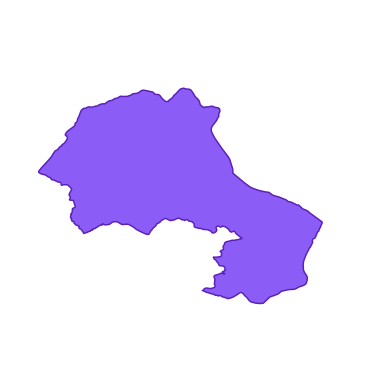 Khong, Champasak, Laos, rotated 119°
{"feature_id": "54806243B24917082255411", "entity_name": "Khong", "entity_type": "district", "adm_level": 2, "iso_a3": "LAO", "parent_name": "Laos", "parent_adm1": "Champasak", "projection": "natural_earth1", "projection_center": [106.019, 14.226], "detail": "fine", "context": "isolated", "style": "filled", "palette": "violet", "viewbox_px": 384, "rotation_deg": 119, "n_neighbors": 0, "source": "geoboundaries", "source_scale": "gbopen_adm2", "svg_char_len": 6061}
<svg xmlns="http://www.w3.org/2000/svg" viewBox="0 0 384 384"><g transform="rotate(119 192 192)"><path d="M273.1,134.9L272.8,133.1L272.8,131.0L272.3,129.6L271.9,126.9L271.0,123.7L271.0,121.6L270.6,120.9L269.9,118.2L269.1,117.5L268.8,116.8L268.9,114.3L268.5,113.1L267.8,108.8L265.6,106.5L263.2,104.6L257.3,101.4L256.5,100.9L255.8,99.9L255.8,99.7L256.2,97.7L256.6,96.9L257.1,95.5L257.9,92.1L258.5,91.1L259.5,88.2L259.4,86.6L258.7,83.8L258.1,81.8L256.2,77.8L254.9,76.0L254.5,75.7L246.0,73.0L242.7,70.0L239.8,67.5L238.4,66.8L235.6,65.8L230.7,60.4L227.7,55.7L227.1,55.0L225.7,53.9L223.3,52.5L219.9,49.4L218.2,48.3L217.3,47.9L215.7,48.0L213.4,48.5L210.8,49.8L210.2,50.4L209.0,52.3L208.0,54.4L206.1,56.8L201.2,59.8L198.1,60.9L192.0,61.8L189.1,62.0L187.4,62.0L186.5,61.8L185.5,62.2L184.7,62.2L183.3,61.8L182.0,61.8L178.1,62.0L177.2,62.3L176.4,63.1L174.9,63.4L174.2,63.3L173.0,62.3L172.2,62.1L171.3,62.1L169.6,62.5L168.0,62.5L166.7,62.9L166.3,62.9L165.0,62.2L163.6,62.5L163.0,62.4L162.2,62.7L160.4,62.6L159.5,62.9L156.2,63.1L155.1,63.8L153.2,78.9L152.6,81.2L152.6,83.1L153.1,87.5L153.1,87.9L152.6,88.5L151.7,92.6L152.3,93.3L152.5,94.2L152.7,99.4L153.2,102.0L153.8,103.2L153.4,104.5L153.3,105.9L154.2,113.6L155.3,118.1L155.6,120.2L155.0,124.6L156.3,127.7L158.1,133.8L159.0,138.7L159.5,143.0L158.7,149.8L155.8,165.2L152.2,167.5L145.0,175.0L143.1,178.6L139.4,187.0L134.0,197.9L131.1,202.4L129.4,204.6L127.2,205.9L125.0,206.3L117.7,205.2L115.1,205.4L112.9,205.2L110.9,206.4L108.0,206.7L107.3,207.1L105.9,208.3L105.7,210.1L106.7,212.5L107.0,215.4L108.0,217.2L109.9,219.2L110.4,220.5L111.1,221.4L112.2,222.1L112.0,222.3L112.0,223.0L112.2,223.5L112.4,224.1L111.7,227.0L109.0,229.8L108.4,230.7L108.3,231.4L107.8,232.2L107.4,234.1L107.1,235.3L105.1,238.7L103.4,242.2L103.4,244.0L105.0,247.8L105.2,249.4L105.9,250.5L107.0,251.3L107.1,251.7L108.5,252.4L113.9,253.7L116.5,254.7L117.1,254.6L119.6,255.0L122.5,256.5L123.3,256.5L124.3,256.9L124.7,257.3L125.5,258.6L125.6,259.0L125.5,259.9L124.7,263.5L123.4,266.2L123.0,267.9L123.2,269.0L123.9,270.3L124.3,271.5L124.3,272.0L123.7,274.1L123.7,275.1L125.9,282.3L126.6,284.0L127.1,284.7L128.2,285.6L130.5,286.6L131.8,287.5L132.3,287.9L134.6,291.0L135.3,291.7L136.5,292.0L138.9,294.2L139.4,294.5L141.5,297.9L143.0,301.1L145.6,302.6L146.6,303.4L147.3,304.4L148.5,305.3L150.6,306.4L152.2,308.3L153.3,309.2L154.4,309.8L155.4,310.1L157.3,311.2L158.2,312.9L158.9,313.8L160.8,315.5L162.6,316.4L163.6,317.9L166.2,320.4L166.8,321.6L167.2,322.9L168.0,324.0L168.9,324.8L170.0,325.5L171.7,327.5L173.9,328.3L175.1,328.4L181.0,327.5L183.2,327.5L186.1,326.7L186.9,326.8L188.5,327.5L190.0,326.9L191.3,326.8L198.3,330.0L200.6,330.7L202.8,330.7L203.4,330.6L203.9,329.2L203.9,328.6L204.3,327.9L204.9,327.3L205.7,327.0L207.2,326.9L210.6,327.2L211.9,327.6L213.6,328.6L215.1,328.4L215.9,329.3L220.3,330.2L222.4,331.6L223.6,331.8L229.3,332.1L232.7,332.7L244.0,335.4L247.5,336.0L248.2,336.1L249.0,335.6L249.3,334.5L249.3,333.1L249.1,331.9L248.2,328.8L248.2,327.9L248.5,325.3L248.2,323.4L248.2,322.7L249.2,321.0L249.0,320.0L248.4,318.1L248.3,314.7L248.0,313.4L247.5,312.2L247.4,311.3L247.7,310.8L248.8,310.1L249.3,309.6L249.2,309.1L248.2,308.2L246.8,306.0L246.1,304.2L246.9,300.9L247.6,299.0L248.3,298.5L252.6,298.5L253.8,298.2L254.6,297.5L255.3,296.1L255.8,295.7L257.9,295.5L258.3,295.0L257.5,293.2L257.1,291.9L257.1,291.5L257.7,290.7L261.2,287.2L261.8,287.0L262.4,287.0L264.1,288.3L264.9,288.4L265.5,288.0L266.7,287.4L268.7,286.9L269.0,287.1L270.2,286.8L270.3,287.2L270.5,287.2L270.7,286.7L271.1,286.5L271.7,286.5L272.6,286.2L273.4,285.5L273.6,284.6L274.6,284.2L274.7,283.7L275.2,283.3L275.7,282.6L275.3,281.0L275.5,280.3L276.5,279.9L276.7,279.6L276.8,278.1L277.1,277.4L276.7,275.7L277.0,274.8L276.7,274.0L278.0,273.5L278.6,272.9L278.6,272.5L278.3,272.0L278.3,271.4L279.6,268.4L280.5,266.9L280.6,266.3L279.8,265.6L279.1,265.2L278.4,264.3L277.8,264.1L277.6,263.7L276.2,262.8L275.5,261.9L274.7,261.9L273.8,260.8L272.9,261.0L272.6,260.3L271.4,259.9L270.9,259.1L269.8,258.6L268.4,257.7L266.9,257.2L265.8,256.1L264.1,255.2L264.4,254.7L263.0,254.4L263.2,253.7L263.0,252.5L262.2,251.1L260.7,248.9L259.6,248.2L257.4,247.2L256.3,246.4L254.9,244.3L254.5,243.3L254.3,241.9L254.4,237.9L254.0,236.7L252.5,234.7L251.3,232.4L251.0,231.0L251.1,225.7L251.6,223.2L251.7,220.6L251.6,218.1L251.2,212.6L250.6,210.1L250.3,209.8L249.7,209.2L246.3,209.2L244.6,208.7L243.8,208.8L242.8,208.6L239.4,207.4L236.9,207.3L234.3,205.5L231.7,205.0L228.3,202.7L227.9,202.1L227.5,197.2L227.0,196.5L225.0,194.0L222.5,192.3L221.2,190.4L221.0,189.7L221.2,187.9L220.9,186.4L220.3,185.9L220.2,185.1L220.4,184.5L219.1,183.8L218.7,183.4L218.5,182.8L218.9,181.3L218.9,180.4L218.2,178.5L218.1,177.5L218.5,175.3L219.0,174.7L221.1,173.3L221.5,172.1L220.8,170.1L220.6,168.8L219.6,166.5L219.2,163.9L217.5,160.3L217.3,159.0L217.1,156.4L217.9,154.7L217.8,154.1L217.5,153.5L216.6,152.5L215.3,151.9L214.4,151.7L213.3,151.9L212.8,152.2L212.0,153.4L211.0,153.7L210.6,153.8L209.8,153.4L209.0,152.5L208.9,150.2L208.7,149.7L207.8,149.4L207.3,148.8L206.6,147.5L206.3,146.0L206.6,143.2L207.0,141.6L208.0,139.8L208.1,138.3L205.8,136.1L205.8,135.7L206.1,134.9L206.5,134.4L207.1,133.2L207.8,129.2L208.2,126.2L208.5,125.8L208.9,125.9L209.5,127.0L211.3,128.6L212.0,129.6L213.7,131.5L214.9,133.7L216.8,135.5L218.8,137.8L220.2,138.6L220.8,138.7L221.7,138.5L222.0,138.3L222.9,138.2L224.1,138.5L225.1,138.0L226.6,136.8L227.4,136.8L229.2,138.2L230.3,138.5L230.5,138.1L230.7,136.7L231.1,136.4L232.0,136.2L233.1,135.5L234.4,135.5L236.7,138.3L238.1,140.6L238.3,141.4L238.7,141.6L239.9,139.9L240.1,137.8L240.9,136.7L241.2,135.3L243.0,132.6L243.0,131.8L241.8,129.5L241.7,127.9L242.5,126.2L243.2,125.8L244.3,125.6L244.5,125.3L245.2,125.2L246.4,126.3L247.0,126.6L247.6,124.0L248.0,123.9L248.4,124.9L248.6,126.5L249.0,127.4L250.4,128.2L253.1,130.9L254.3,131.9L255.3,131.7L256.2,131.0L257.2,129.6L258.2,129.4L259.5,128.5L260.7,128.3L261.7,127.8L262.4,126.7L263.4,126.0L264.6,126.1L266.5,127.8L267.3,128.8L268.0,130.0L268.3,131.2L268.9,132.6L269.6,133.6L270.7,134.3L273.1,134.9Z" fill="#8b5cf6" stroke="#5b21b6" stroke-width="1.5"/></g></svg>